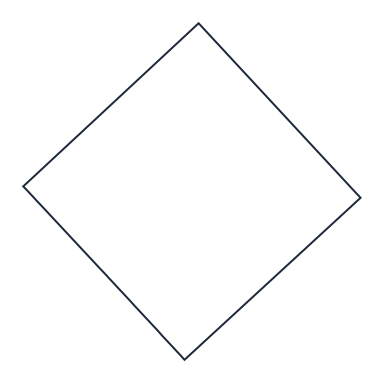 Decatur, Kansas, United States of America, rotated 227°
{"feature_id": "52423323B97064172346270", "entity_name": "Decatur", "entity_type": "district", "adm_level": 2, "iso_a3": "USA", "parent_name": "United States of America", "parent_adm1": "Kansas", "projection": "orthographic", "projection_center": [-100.471, 39.785], "detail": "fine", "context": "isolated", "style": "outline", "palette": "slate", "viewbox_px": 384, "rotation_deg": 227, "n_neighbors": 0, "source": "geoboundaries", "source_scale": "gbopen_adm2", "svg_char_len": 503}
<svg xmlns="http://www.w3.org/2000/svg" viewBox="0 0 384 384"><g transform="rotate(227 192 192)"><path d="M81.6,311.3L310.9,311.9L311.2,72.4L306.8,72.5L305.9,72.5L304.5,72.5L303.1,72.5L295.3,72.5L289.4,72.4L288.4,72.5L221.6,72.5L200.9,72.5L197.5,72.5L188.4,72.6L185.4,72.5L184.9,72.5L180.6,72.5L170.5,72.5L153.3,72.5L146.8,72.4L135.2,72.4L132.6,72.4L113.8,72.4L107.6,72.2L97.8,72.2L81.9,72.2L78.2,72.2L76.8,72.1L74.4,72.1L72.8,311.3L81.6,311.3Z" fill="none" stroke="#1e293b" stroke-width="2"/></g></svg>